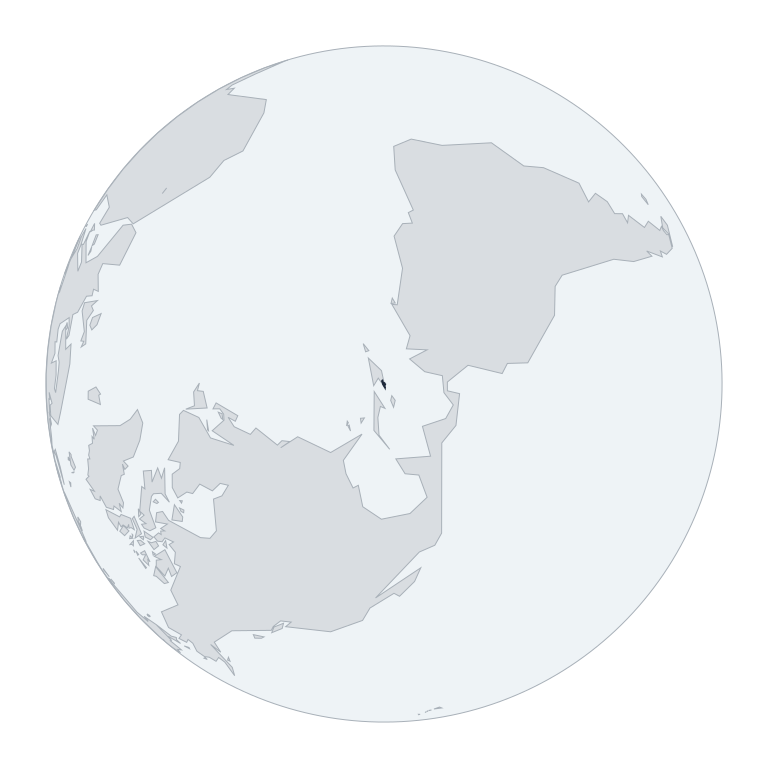 Sud highlighted on a globe, orthographic projection, rotated 244°
{"feature_id": "HTI-1362", "entity_name": "Sud", "entity_type": "Department", "adm_level": 1, "iso_a3": "HTI", "parent_name": "Haiti", "parent_adm1": "", "projection": "orthographic", "projection_center": [-73.723, 18.228], "detail": "fine", "context": "on_globe", "style": "filled", "palette": "slate", "viewbox_px": 768, "rotation_deg": 244, "n_neighbors": 0, "source": "natural_earth", "source_scale": "10m", "svg_char_len": 10243}
<svg xmlns="http://www.w3.org/2000/svg" viewBox="0 0 768 768"><g transform="rotate(244 384 384)"><circle cx="384" cy="384" r="338" fill="#eef3f6" stroke="#a8b0b8"/><path d="M358.0,441.8L350.1,438.0L342.2,447.7L315.2,430.5L305.7,410.1L224.7,370.4L216.8,359.0L217.5,342.1L195.4,282.6L202.7,336.5L193.1,324.9L186.4,304.9L191.5,301.2L188.8,273.2L180.9,261.1L184.7,227.4L209.0,189.2L210.7,196.2L216.4,187.2L214.6,178.2L212.0,174.7L228.9,139.1L226.4,118.3L214.5,119.7L225.9,114.0L195.8,123.4L187.3,121.9L203.8,119.0L210.7,115.5L208.4,111.5L215.0,107.2L217.7,103.2L225.8,98.7L234.8,98.5L240.3,95.9L238.3,93.4L245.2,88.2L247.3,92.0L259.6,83.6L276.8,84.1L275.8,102.0L292.2,102.0L309.2,121.0L314.4,116.8L324.2,122.7L333.9,120.5L334.3,125.6L341.7,119.6L339.5,115.4L342.0,111.6L347.5,110.2L349.0,116.1L346.4,117.7L349.7,118.8L348.1,122.5L352.0,119.9L353.1,127.9L360.2,118.2L368.0,123.2L366.5,129.1L355.9,130.6L326.4,151.7L321.6,159.9L325.5,169.0L355.3,180.3L354.5,189.3L361.2,199.7L366.5,193.2L363.2,182.9L374.8,174.5L369.4,164.0L373.3,159.4L372.0,148.7L383.7,148.3L395.8,154.1L397.5,163.3L402.8,166.5L410.6,156.8L422.7,174.2L446.3,186.9L448.2,192.2L435.1,202.9L411.6,204.4L394.6,222.2L417.3,209.1L421.6,224.3L427.2,226.7L433.7,225.5L436.6,219.4L440.6,224.8L419.6,238.7L415.7,234.0L422.4,229.3L411.3,230.6L397.3,241.8L400.6,249.6L375.8,261.4L377.8,267.4L373.6,274.0L372.0,263.2L374.4,283.3L345.8,306.0L348.6,342.3L333.2,314.0L320.0,310.5L304.1,310.6L304.2,316.5L283.0,311.1L263.6,322.4L256.2,350.6L263.3,373.1L286.9,375.4L294.1,363.6L311.5,361.8L298.7,394.2L329.1,400.0L325.9,424.3L334.8,437.1L350.0,434.1L365.9,440.1L377.2,426.0L395.3,418.0L395.8,437.7L405.8,419.5L416.0,428.6L452.1,426.0L449.4,430.6L479.9,451.4L512.5,457.9L520.0,471.0L516.2,480.0L527.4,481.0L527.5,486.6L571.5,487.9L593.3,496.9L592.2,515.8L573.0,540.8L553.7,586.3L518.7,605.2L508.5,622.2L479.0,647.3L458.0,647.7L462.7,657.6L450.0,664.6L436.0,666.0L432.5,673.0L422.1,673.6L428.4,677.7L410.5,686.7L414.4,692.9L401.1,699.2L404.0,702.4L399.4,702.4L394.2,703.7L393.5,705.4L379.6,702.5L376.7,694.8L382.4,690.7L376.2,689.9L388.4,678.4L381.4,680.8L384.6,662.1L395.4,645.2L403.7,591.8L396.7,580.6L371.0,567.4L340.0,522.5L348.4,503.9L341.6,494.8L364.0,467.7L358.0,441.8ZM67.5,293.9L70.0,286.4L69.3,292.3L67.5,293.9ZM71.0,281.1L70.2,283.8L70.7,281.4L71.0,281.1ZM71.0,278.9L71.0,280.5L70.7,279.5L71.0,278.9ZM70.7,276.9L71.0,277.7L70.8,277.9L70.7,276.9ZM346.7,354.6L381.5,371.9L361.7,374.2L365.4,370.9L356.6,363.8L340.2,357.1L322.8,360.5L346.7,354.6ZM71.3,271.7L71.6,270.1L72.1,270.1L71.3,271.7ZM362.4,334.7L356.4,333.3L362.3,333.2L362.4,334.7ZM209.7,174.1L213.8,178.6L213.0,188.8L208.9,185.3L209.7,174.1ZM212.2,156.5L216.0,156.7L209.3,165.3L209.2,162.4L212.2,156.5ZM204.5,122.4L206.6,124.4L202.3,124.1L204.5,122.4ZM216.6,103.4L213.9,104.4L216.5,102.0L216.6,103.4ZM365.7,149.8L368.8,149.3L367.4,151.5L365.7,149.8ZM362.2,145.9L358.4,148.9L356.1,147.5L358.5,145.7L362.2,145.9ZM231.3,93.2L236.2,89.6L232.7,93.2L231.3,93.2ZM367.4,142.7L352.7,144.8L348.9,142.4L354.8,133.8L367.4,142.7ZM240.0,87.4L251.8,79.5L246.8,80.6L267.6,73.8L250.7,82.2L247.2,86.2L245.2,85.4L240.0,87.4ZM336.4,114.8L339.0,119.1L331.7,117.0L336.4,114.8ZM331.1,114.4L305.2,115.1L304.1,108.7L313.0,109.4L307.5,102.9L319.8,99.3L325.5,102.1L323.8,106.8L329.8,102.0L331.1,114.4ZM277.1,71.8L281.3,70.2L278.6,71.9L277.1,71.8ZM342.5,110.0L337.3,110.4L336.0,104.7L346.1,102.9L343.3,105.3L342.5,110.0ZM300.1,103.2L300.9,99.1L311.0,95.0L312.7,93.0L320.0,98.7L300.1,103.2ZM346.4,105.8L351.2,102.3L356.9,103.8L347.4,109.2L346.4,105.8ZM331.4,104.1L331.3,101.5L334.7,102.3L331.4,104.1ZM379.6,108.5L373.5,108.5L372.3,105.4L379.6,108.5ZM352.7,100.9L350.7,100.4L349.5,99.4L353.8,97.5L352.7,100.9ZM326.6,95.7L330.6,95.0L324.1,93.1L331.5,90.4L335.0,94.9L336.5,91.9L338.8,91.1L339.1,95.8L326.6,95.7ZM354.6,92.7L361.6,98.4L373.3,98.8L374.6,101.4L355.7,100.4L354.6,92.7ZM345.5,94.0L351.5,93.7L350.2,96.7L345.3,98.9L345.5,94.0ZM335.2,87.2L323.0,90.0L322.7,89.0L335.2,87.2ZM358.3,92.1L356.5,90.8L359.3,91.8L358.3,92.1ZM342.6,87.8L338.3,88.8L338.0,87.6L342.6,87.8ZM356.5,87.6L358.8,89.3L355.5,90.6L356.5,87.6ZM350.3,87.2L351.0,85.3L353.0,90.1L348.5,87.8L350.3,87.2ZM343.0,86.5L341.4,86.1L344.8,86.3L343.0,86.5ZM367.5,82.0L370.9,87.7L363.7,90.4L361.4,84.4L367.5,82.0ZM402.5,708.3L380.7,703.6L393.0,705.9L402.2,703.0L413.4,706.3L402.5,708.3ZM429.3,700.1L439.5,697.8L441.8,698.6L435.2,700.4L429.3,700.1ZM646.6,171.3L649.8,175.7L641.0,166.0L623.8,145.9L623.7,145.9L646.6,171.3ZM601.0,125.0L605.3,128.7L607.1,130.2L610.4,133.2L614.3,136.7L612.2,135.0L608.1,131.3L608.9,132.7L627.9,151.5L632.7,155.9L640.3,167.7L649.1,176.6L654.4,184.3L641.5,172.2L635.8,165.9L619.5,158.2L626.2,165.6L642.0,173.9L641.2,175.0L650.3,186.7L642.6,178.7L623.6,169.3L624.3,182.4L641.1,219.1L638.3,227.2L628.7,227.4L606.7,198.5L615.5,184.0L607.9,175.1L592.5,167.8L596.5,164.5L591.3,160.3L593.3,155.1L582.8,140.1L582.8,134.8L565.8,122.2L563.5,118.2L574.3,126.5L581.7,130.1L580.2,119.3L576.2,115.2L565.2,108.3L566.2,106.9L555.8,101.7L548.6,94.2L548.6,99.5L535.8,93.2L524.4,85.8L520.2,85.1L538.7,97.3L546.0,101.6L552.4,103.5L572.4,118.0L575.7,123.4L554.7,113.1L557.1,120.2L539.7,110.4L500.4,80.9L490.6,73.2L501.6,70.6L511.3,74.6L512.2,77.2L523.3,79.4L516.7,76.9L517.5,76.3L505.4,71.3L505.4,70.7L493.8,67.6L492.5,66.3L499.8,68.3L480.8,61.5L474.5,58.8L470.2,57.7L467.3,57.3L461.2,55.0L458.3,54.4L459.2,54.8L454.0,54.0L442.4,52.2L440.9,51.4L444.9,52.0L450.6,52.7L474.0,58.3L497.0,65.5L519.4,74.4L541.1,84.8L562.0,96.8L582.0,110.2L601.0,125.0ZM448.2,52.2L442.8,51.6L436.3,50.8L438.4,50.6L437.2,50.6L433.4,50.0L428.3,49.1L425.4,49.2L386.4,47.9L372.7,47.2L379.0,46.4L350.2,48.2L337.0,49.4L337.9,49.4L324.6,51.7L328.6,51.2L328.0,51.5L295.9,59.8L287.2,62.0L274.3,67.7L274.7,68.1L280.4,66.5L267.6,73.8L246.8,80.6L246.9,79.4L233.8,85.4L235.9,82.2L231.5,83.2L241.3,77.7L239.4,78.6L248.0,74.6L251.6,73.5L249.9,73.8L252.2,72.8L256.3,71.1L257.2,70.8L280.0,62.5L303.4,55.8L327.2,50.9L351.3,47.7L375.6,46.2L399.9,46.5L424.1,48.5L448.2,52.2ZM717.3,439.7L717.7,437.3L719.0,404.0L719.3,378.7L717.7,371.6L715.5,379.1L712.6,370.7L710.5,373.7L691.2,402.9L680.3,394.9L655.3,359.4L655.1,338.1L646.2,318.1L637.9,228.8L646.0,226.5L650.8,199.2L653.1,198.9L663.3,214.6L675.5,217.8L666.7,201.8L667.2,199.7L680.1,221.2L691.4,243.6L700.9,266.8L708.8,290.6L714.8,315.0L719.0,339.7L721.4,364.7L721.9,389.7L720.5,414.8L717.3,439.7ZM652.4,268.2L655.4,274.4L655.4,274.5L652.4,268.2ZM453.3,425.6L457.6,429.1L451.9,429.6L453.3,425.6ZM358.9,382.4L366.3,382.8L370.1,385.9L364.4,386.9L358.9,382.4ZM421.0,381.6L429.4,383.0L420.6,385.0L421.0,381.6ZM387.0,374.0L414.2,381.3L397.1,387.6L379.9,383.3L391.8,381.4L387.0,374.0ZM358.9,346.3L363.5,347.8L362.1,351.5L358.9,346.3ZM366.7,334.7L364.9,335.0L362.7,332.0L366.7,334.7ZM422.8,223.5L424.6,222.6L431.3,222.7L428.2,225.4L422.8,223.5ZM460.3,209.4L465.8,218.5L459.8,213.4L456.6,218.3L440.0,214.5L448.3,194.8L447.5,204.1L460.3,209.4ZM420.1,205.3L429.7,209.1L418.8,205.8L420.1,205.3ZM560.7,145.1L565.8,145.4L571.5,151.2L571.3,160.6L563.1,152.0L560.7,145.1ZM571.6,144.8L550.8,133.5L550.0,128.1L554.0,132.9L555.6,130.4L562.4,137.6L582.0,144.7L588.3,150.5L584.6,163.0L582.4,155.3L577.5,155.0L571.6,144.8ZM499.0,122.7L489.9,120.1L500.0,111.4L507.2,115.0L507.6,123.8L499.2,124.8L499.0,122.7ZM380.6,128.1L376.5,129.4L376.1,127.5L379.3,124.9L380.6,128.1ZM376.8,108.7L398.1,121.3L394.5,123.1L411.3,129.5L408.3,137.1L397.5,132.5L407.8,143.8L396.9,142.7L404.9,150.1L381.2,139.1L371.8,139.3L383.4,135.9L386.4,128.7L384.9,125.7L373.5,117.8L354.8,115.9L354.7,109.3L359.7,105.2L364.2,104.6L362.8,108.9L369.9,105.1L371.3,110.9L376.8,108.7ZM418.1,73.7L414.6,76.7L429.0,74.4L430.4,78.4L432.0,77.9L437.3,81.3L446.5,84.8L445.6,86.8L449.6,87.4L453.2,90.0L458.3,91.7L458.5,96.0L464.8,98.6L461.3,99.3L472.1,102.7L464.2,102.2L468.1,106.2L473.7,104.6L462.3,128.5L463.6,140.5L469.1,151.2L454.7,150.1L440.5,139.9L428.3,126.7L429.0,116.0L422.4,118.0L420.8,113.6L426.7,113.8L416.7,111.0L416.9,107.7L406.1,98.8L391.4,97.8L387.1,95.0L392.9,93.7L384.5,91.9L392.7,87.8L389.8,85.9L394.9,80.4L407.9,79.8L403.7,77.8L407.4,74.1L418.1,73.7ZM369.4,80.4L384.6,77.7L392.9,79.0L380.5,88.1L382.0,90.5L374.4,97.4L362.5,95.7L365.8,93.8L366.2,91.6L369.8,93.0L367.2,90.3L371.7,87.7L370.9,85.1L376.1,84.8L369.4,80.4ZM649.3,191.2L649.9,189.9L649.4,186.5L655.2,194.3L649.3,191.2ZM636.7,184.9L636.3,182.3L644.2,190.7L643.5,192.5L636.7,184.9ZM629.3,174.3L635.6,181.6L631.8,178.7L629.3,174.3ZM573.2,124.2L572.0,121.6L574.5,122.9L578.3,126.2L573.2,124.2ZM461.1,71.2L457.8,71.8L455.8,71.0L444.4,70.2L442.4,67.6L448.5,67.1L461.1,71.2ZM656.1,185.6L656.7,185.0L657.7,187.7L656.1,185.6ZM457.0,68.2L452.6,68.1L454.3,67.0L457.0,68.2ZM440.3,65.8L441.3,64.3L440.8,67.3L440.3,65.8ZM433.6,52.5L451.7,55.8L463.4,57.9L467.9,58.0L469.3,59.9L451.3,56.6L433.6,52.5ZM392.4,48.2L388.6,49.1L385.0,48.6L385.4,48.3L392.4,48.2ZM393.8,48.8L398.8,50.5L393.2,51.0L390.4,49.5L393.8,48.8ZM428.6,57.4L434.1,58.4L432.5,59.1L428.6,57.4ZM279.6,70.0L281.2,70.2L277.5,71.1L279.6,70.0ZM330.5,51.3L329.1,51.9L324.8,52.4L330.5,51.3ZM322.8,54.1L328.6,53.0L323.1,54.4L322.8,54.1ZM341.5,50.7L331.2,52.6L340.1,50.5L341.5,50.7Z" fill="#d9dde1" stroke="#a8b0b8" stroke-width="1"/><path d="M388.0,384.3L387.5,384.2L387.4,384.2L387.2,384.1L386.4,384.0L386.1,384.0L386.0,383.9L386.3,383.9L385.9,383.8L385.5,383.8L385.4,383.9L385.2,384.0L385.0,383.8L384.9,383.9L384.9,384.0L384.7,384.0L384.6,383.9L384.4,384.0L384.4,383.8L384.3,384.0L384.2,384.0L384.2,383.9L384.2,384.0L383.9,384.2L383.5,384.4L383.4,384.5L383.6,384.9L383.6,385.0L383.2,385.2L382.6,384.5L382.5,384.4L382.4,384.3L381.9,383.9L381.6,383.8L381.5,383.7L381.4,383.7L381.1,383.5L380.8,383.5L380.7,383.6L380.4,383.6L380.2,383.5L380.2,383.4L379.9,383.2L380.1,383.2L380.5,383.2L380.8,383.1L381.4,383.0L382.0,383.0L382.4,383.1L382.7,383.2L383.0,383.2L383.0,382.9L383.3,382.9L383.5,382.9L383.8,382.9L384.0,382.9L384.4,382.8L384.5,382.8L384.8,382.9L384.9,383.0L385.0,383.1L384.9,383.2L384.9,383.3L385.2,383.4L385.5,383.3L385.9,383.3L386.1,383.2L386.3,383.2L386.6,383.2L386.8,383.2L387.0,383.2L387.3,383.2L387.6,383.4L387.8,383.6L387.8,383.8L388.0,384.0L388.0,384.3ZM384.5,384.8L384.8,384.9L384.7,385.0L384.4,385.0L384.2,384.9L384.1,384.7L384.3,384.7L384.3,384.8L384.5,384.8Z" fill="#64748b" stroke="#1e293b" stroke-width="1.5"/></g></svg>